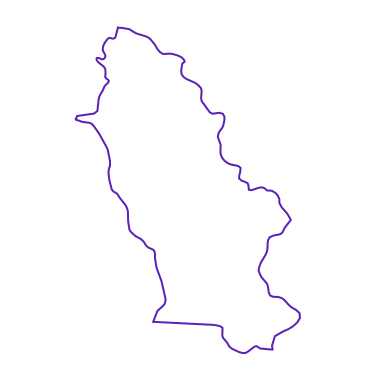 the border of Itapúa, rotated 279°
{"feature_id": "PRY-620", "entity_name": "Itapúa", "entity_type": "Department", "adm_level": 1, "iso_a3": "PRY", "parent_name": "Paraguay", "parent_adm1": "", "projection": "orthographic", "projection_center": [-55.537, -26.832], "detail": "fine", "context": "isolated", "style": "outline", "palette": "violet", "viewbox_px": 384, "rotation_deg": 279, "n_neighbors": 0, "source": "natural_earth", "source_scale": "10m", "svg_char_len": 3183}
<svg xmlns="http://www.w3.org/2000/svg" viewBox="0 0 384 384"><g transform="rotate(279 192 192)"><path d="M342.9,93.1L342.7,93.9L343.1,97.2L343.0,104.7L340.7,109.9L340.5,110.8L340.0,111.8L338.5,122.0L337.8,124.7L336.5,126.9L331.8,132.2L327.6,135.6L325.3,138.3L323.9,141.3L324.0,143.7L324.8,146.1L325.3,149.2L325.1,153.0L324.5,157.1L323.3,160.8L321.2,163.5L319.7,164.3L318.8,163.8L318.2,163.0L317.0,162.3L310.4,162.3L306.8,163.2L304.3,165.6L302.7,168.9L300.7,176.6L299.6,179.5L298.1,182.0L296.0,184.5L293.5,185.7L286.2,186.3L283.2,187.4L273.5,197.1L272.5,200.0L274.5,206.5L274.0,210.2L271.6,212.2L268.1,212.8L262.2,212.4L259.9,211.7L257.2,210.2L254.0,208.9L250.4,208.9L243.1,212.9L236.1,213.8L233.2,214.7L230.5,216.4L228.0,219.2L226.2,222.4L225.3,225.8L224.9,233.5L223.4,236.2L219.7,236.5L215.6,236.1L212.7,236.4L211.0,239.1L210.3,242.5L209.5,245.5L207.0,246.8L203.1,247.8L203.0,250.3L206.6,257.2L207.2,259.1L207.5,260.9L207.2,262.7L205.2,266.1L205.3,267.2L205.7,268.5L205.6,270.9L204.1,274.7L201.7,277.5L198.6,279.4L194.9,280.0L190.7,283.2L185.4,289.6L179.9,294.0L170.9,289.0L166.9,287.9L165.2,286.9L163.9,285.2L161.6,279.0L159.4,275.8L156.4,274.7L152.9,274.7L149.3,275.3L148.5,275.3L145.7,275.4L142.4,274.8L132.5,270.9L132.4,270.9L128.8,270.2L125.0,270.0L121.2,272.1L118.4,274.3L113.0,280.6L109.7,282.1L105.4,283.3L102.0,285.2L101.2,288.9L101.8,293.4L101.3,297.2L99.5,300.5L96.7,303.8L93.8,308.0L91.8,313.2L89.2,317.2L84.4,318.3L79.7,316.4L75.3,312.9L71.4,308.4L68.6,303.9L62.5,296.4L52.7,295.1L49.0,296.2L48.9,296.1L48.1,284.4L48.2,283.5L48.8,282.1L49.2,281.4L49.7,280.4L49.8,279.5L49.2,278.2L48.5,277.3L43.2,272.4L42.2,271.1L41.2,269.7L40.9,267.0L41.3,263.4L43.3,256.5L44.6,253.9L46.0,252.2L47.5,251.3L48.8,250.1L52.6,245.7L53.9,244.9L55.0,244.4L62.6,243.4L63.9,240.6L64.2,234.8L57.7,174.0L69.0,176.4L69.9,177.0L74.6,180.9L76.8,182.3L79.2,182.8L81.7,182.8L99.0,175.9L111.7,168.8L120.8,165.8L125.4,165.1L127.8,164.0L128.9,162.8L130.3,157.6L131.2,156.1L132.4,154.6L134.6,152.8L136.3,150.8L137.7,148.5L139.1,144.4L139.8,142.8L143.1,137.8L145.3,136.0L152.8,133.6L163.2,131.6L165.8,130.4L168.2,128.8L175.2,121.3L178.0,118.9L179.0,117.6L180.2,114.3L181.8,112.4L190.6,108.6L197.0,106.7L200.1,106.3L202.7,106.4L204.8,106.9L206.9,106.7L210.0,106.1L220.2,102.3L222.9,100.7L235.5,90.8L241.7,84.7L242.9,83.3L243.8,81.8L244.3,80.3L244.1,72.3L244.4,71.0L244.7,69.8L244.9,68.8L244.9,67.7L245.1,66.4L245.4,65.9L246.0,65.7L246.5,65.9L247.1,66.3L249.1,66.7L254.1,82.9L257.2,85.9L268.3,85.3L271.3,85.5L272.5,85.8L274.0,86.2L277.8,87.8L282.6,89.1L284.2,90.0L286.5,91.8L287.7,92.3L288.6,92.5L289.2,92.1L289.5,91.7L289.8,91.3L290.3,90.2L290.9,89.4L291.9,88.3L296.8,87.9L298.8,87.4L299.8,87.0L300.8,86.4L301.8,85.4L302.5,84.6L304.7,80.4L305.8,78.8L306.7,77.8L307.4,77.3L308.3,76.9L309.0,76.9L309.5,77.1L309.7,77.6L309.8,78.4L309.7,79.2L309.1,81.6L309.0,82.8L309.3,83.6L310.7,84.8L311.9,85.2L313.0,85.1L313.9,84.8L314.7,84.2L316.8,82.5L318.0,81.8L319.2,81.5L321.6,81.4L324.4,82.0L326.6,82.9L329.5,84.4L330.2,84.9L330.8,85.5L331.2,86.0L331.3,86.7L331.3,87.6L331.1,88.7L331.1,89.8L331.4,90.9L332.3,91.9L334.0,92.3L342.5,93.1L342.8,93.1L342.9,93.1Z" fill="none" stroke="#5b21b6" stroke-width="2"/></g></svg>